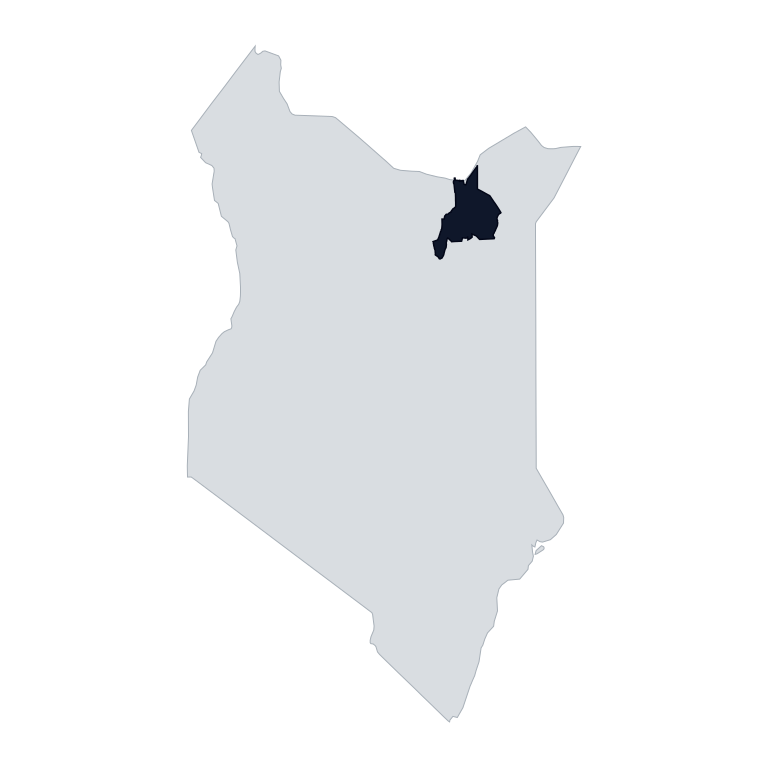 Wajir North, North-Eastern, Kenya (highlighted)
{"feature_id": "3690345B77349779921322", "entity_name": "Wajir North", "entity_type": "district", "adm_level": 2, "iso_a3": "KEN", "parent_name": "Kenya", "parent_adm1": "North-Eastern", "projection": "equal_earth", "projection_center": [39.341, 2.99], "detail": "fine", "context": "in_parent", "style": "filled", "palette": "ink", "viewbox_px": 768, "rotation_deg": 0, "n_neighbors": 0, "source": "geoboundaries", "source_scale": "gbopen_adm2", "svg_char_len": 8096}
<svg xmlns="http://www.w3.org/2000/svg" viewBox="0 0 768 768"><path d="M187.5,477.0L187.3,465.7L188.5,436.9L188.4,411.6L189.4,399.0L194.1,390.9L196.2,385.1L197.7,377.0L200.2,370.3L205.7,364.9L206.7,361.9L212.5,352.9L216.0,341.3L218.6,337.4L221.9,333.7L224.2,331.8L228.1,329.9L231.1,328.8L231.6,327.9L231.9,326.0L230.9,318.8L232.2,316.4L234.2,311.6L236.5,307.2L238.7,304.3L239.8,301.4L240.4,296.3L240.5,292.7L240.5,286.9L239.8,273.6L237.4,262.4L235.8,250.0L237.0,245.9L235.0,238.6L234.1,238.2L232.5,236.6L230.5,229.7L229.0,223.4L228.0,221.8L221.4,216.3L218.2,203.4L214.5,200.5L212.5,187.6L212.1,184.0L214.2,171.1L214.0,168.2L211.8,165.5L205.6,162.7L200.6,157.4L201.3,155.6L201.7,153.6L199.0,152.3L191.4,130.4L201.3,117.2L211.3,103.8L224.2,87.0L235.9,71.4L246.1,58.0L255.2,46.1L255.0,48.4L255.0,51.4L256.1,53.2L258.0,54.5L260.6,53.2L262.8,51.3L265.0,50.9L278.6,55.9L280.9,60.2L280.7,64.9L281.3,68.3L280.3,71.7L279.1,82.0L279.4,91.4L283.5,98.4L287.1,103.9L290.0,111.6L292.1,114.0L295.1,115.2L304.4,115.5L318.3,116.0L331.6,116.5L332.8,116.7L335.6,117.7L347.9,128.1L359.1,137.6L368.6,145.9L377.8,154.0L386.7,161.8L393.7,168.3L400.5,170.3L411.7,171.2L419.4,171.5L426.5,174.2L437.1,176.8L445.0,178.1L449.8,179.6L463.0,181.1L465.2,180.2L471.1,173.0L477.6,161.3L480.2,154.8L488.6,148.4L503.5,139.5L514.0,133.2L525.6,126.9L530.9,132.4L538.2,141.2L541.5,145.5L544.1,147.5L548.0,148.7L552.9,148.8L555.5,148.6L560.9,147.4L573.5,146.4L580.7,146.5L574.6,158.2L567.4,172.2L554.0,198.0L543.9,211.5L536.2,221.8L535.5,223.6L535.5,235.1L535.6,263.0L535.8,319.0L535.9,375.0L536.1,430.9L536.2,458.9L536.2,468.3L543.0,480.1L549.6,491.5L558.3,506.8L563.0,514.9L563.7,517.6L563.5,523.1L556.3,534.5L550.4,539.7L542.5,542.1L540.1,541.7L537.0,540.0L535.8,542.8L534.9,547.0L533.1,546.1L531.8,544.9L532.6,552.4L533.4,556.2L532.2,561.2L528.4,565.6L528.0,569.3L519.7,579.1L507.9,580.2L501.7,585.0L498.9,589.0L496.8,597.7L497.5,610.9L494.3,621.2L493.6,626.3L487.5,632.9L484.8,639.0L482.8,645.2L481.1,647.9L479.0,661.8L476.2,670.2L475.4,673.0L474.7,675.6L472.5,680.5L471.1,683.9L470.1,686.1L462.9,707.7L457.3,717.5L452.9,716.4L449.9,720.1L449.6,721.9L448.1,720.9L444.4,717.4L436.8,710.0L429.3,702.7L421.7,695.4L414.2,688.0L406.6,680.7L399.0,673.4L391.5,666.1L383.9,658.7L379.5,654.4L377.5,651.9L376.0,646.8L375.2,645.6L373.2,644.0L370.8,643.6L370.2,642.7L370.2,640.2L371.0,636.7L373.8,630.0L374.1,626.0L373.5,621.5L372.6,614.3L371.9,612.7L366.9,608.9L356.4,601.0L345.9,593.1L335.4,585.2L324.9,577.3L314.3,569.4L303.8,561.5L293.3,553.6L282.8,545.7L272.3,537.8L261.8,529.9L251.3,522.0L240.8,514.1L230.3,506.2L219.8,498.3L209.2,490.4L198.7,482.5L194.8,479.6L191.2,477.0L187.5,477.0ZM537.0,553.8L535.1,554.4L536.1,550.6L541.5,545.7L543.7,546.8L544.1,547.9L544.0,548.9L543.1,549.9L537.0,553.8Z" fill="#d9dde1" stroke="#a8b0b8" stroke-width="1"/><path d="M479.6,239.4L485.4,239.1L494.1,238.7L494.3,238.3L494.4,238.1L494.4,237.9L494.5,237.7L494.4,237.5L494.3,237.3L494.1,237.2L493.8,236.8L493.7,236.5L493.6,236.3L493.5,236.2L493.3,236.0L493.3,235.8L493.2,235.7L493.2,235.0L493.3,234.4L493.3,234.2L493.5,233.8L493.6,233.6L493.8,233.5L493.9,233.3L494.1,233.0L494.2,232.7L494.3,232.4L494.6,231.6L494.8,231.4L495.0,231.0L495.1,230.9L495.2,230.7L495.4,230.3L495.5,229.8L497.1,226.3L497.2,226.0L497.5,225.0L497.5,224.7L497.6,223.8L497.7,223.2L497.7,222.9L497.7,222.7L497.6,222.4L497.6,222.2L497.4,221.5L497.4,221.3L497.4,221.1L497.5,220.6L497.5,220.4L497.4,220.3L497.4,220.2L497.1,220.0L497.1,219.9L497.1,219.5L497.1,219.3L497.0,219.0L497.0,218.7L496.9,218.2L496.9,217.9L497.2,217.4L497.4,216.8L497.5,216.6L497.6,216.3L497.8,215.8L498.2,215.1L498.3,214.9L498.6,214.5L498.8,214.3L499.0,214.1L499.8,213.5L500.3,213.3L500.5,213.2L500.9,212.7L500.6,212.1L499.5,210.3L498.0,207.9L496.3,205.3L494.6,202.8L494.4,202.6L491.7,198.6L490.1,196.2L489.6,195.8L489.6,195.6L488.4,195.0L485.3,193.3L483.7,192.4L481.9,191.4L478.5,189.6L477.7,189.2L477.4,189.0L477.4,188.4L477.4,183.5L477.4,180.7L477.4,178.1L477.4,173.1L477.4,169.9L477.4,165.2L476.8,167.0L476.5,167.6L476.3,167.5L475.9,167.9L473.0,172.0L470.4,175.7L470.1,176.0L468.6,178.1L468.4,178.4L467.7,179.0L467.5,179.5L466.8,181.9L466.1,184.4L465.9,184.8L465.7,184.8L465.4,184.8L465.2,184.7L464.9,184.7L464.0,184.2L463.9,183.8L463.2,180.5L463.1,180.4L462.9,180.4L462.6,180.8L462.2,180.8L461.9,180.7L461.8,180.9L461.6,180.8L461.5,181.0L461.4,181.0L461.1,181.1L460.5,180.8L460.4,181.1L460.2,181.0L459.8,181.2L459.8,180.9L459.7,180.5L459.4,180.8L459.2,180.8L459.1,180.7L458.8,180.5L458.6,180.5L458.4,180.6L458.1,180.5L457.8,180.4L457.4,180.4L457.1,180.3L456.3,180.3L455.3,180.4L455.0,180.4L455.1,180.0L455.2,179.5L455.2,179.1L455.1,178.8L455.1,178.1L454.9,178.0L454.6,178.1L454.4,178.2L454.5,178.3L454.7,178.6L454.6,179.0L454.5,179.3L454.5,179.5L454.4,179.7L454.4,179.9L454.3,180.1L454.0,180.4L453.9,180.6L453.7,181.0L453.5,181.4L453.4,181.9L453.4,182.0L453.5,182.5L453.5,183.0L453.7,183.6L453.8,183.6L453.9,183.8L454.0,184.0L454.1,184.4L454.2,185.6L454.5,188.6L454.7,190.5L454.8,191.0L454.8,191.3L454.8,191.8L454.8,192.1L454.9,192.3L455.2,192.5L455.3,192.7L455.3,192.8L455.4,193.0L455.5,194.0L455.5,194.7L455.5,194.9L455.6,197.7L455.6,199.8L455.6,200.7L455.7,202.2L455.7,203.7L455.7,204.8L455.7,205.6L455.7,206.6L455.6,206.8L455.3,207.1L455.0,207.3L454.7,207.6L454.5,207.8L454.0,208.2L453.0,208.8L452.9,208.9L452.7,209.3L452.5,209.5L451.8,210.4L451.3,211.1L451.0,211.6L451.0,212.0L450.9,212.2L450.8,212.3L450.7,212.3L450.4,212.3L450.2,212.4L449.8,212.7L449.7,212.7L449.5,212.8L449.3,212.9L449.0,213.2L448.7,213.4L448.6,213.5L448.4,214.0L448.2,214.2L446.3,214.3L446.1,214.4L445.8,214.8L445.6,215.2L445.5,215.4L445.4,215.5L445.1,215.6L444.9,215.8L444.7,216.3L444.6,216.7L444.5,217.0L444.3,218.4L444.3,219.0L444.0,219.0L443.7,219.1L443.4,219.1L443.0,219.1L442.6,219.1L442.0,219.1L442.0,219.5L442.1,224.0L442.1,224.3L442.0,226.1L441.8,228.5L441.7,228.9L441.6,229.0L441.4,229.4L441.3,229.6L441.2,229.8L441.2,230.1L441.1,230.3L441.1,230.8L441.1,231.0L440.9,231.3L440.6,231.6L440.5,231.8L440.3,232.7L439.2,236.1L438.9,237.2L438.6,237.7L438.5,238.0L438.4,238.3L437.7,239.7L437.6,240.0L437.4,240.0L437.0,240.2L435.7,240.7L435.3,240.8L433.1,241.6L433.3,241.9L433.3,242.1L433.4,242.8L433.4,243.4L433.4,243.6L433.6,244.3L433.7,244.6L433.7,245.1L433.8,245.4L433.8,245.7L433.9,245.9L434.0,246.3L434.0,246.5L434.1,246.9L434.3,247.3L434.4,247.9L434.4,248.1L434.4,248.4L434.5,248.6L434.7,249.1L434.8,249.3L434.8,249.5L434.9,249.8L435.0,250.0L435.1,250.3L435.2,250.6L435.2,250.9L435.2,251.2L435.2,251.6L435.2,252.2L435.3,252.4L435.3,252.6L435.4,252.9L435.4,253.0L435.4,253.7L435.4,253.9L435.3,254.1L435.3,254.6L435.3,254.8L435.5,254.9L435.8,255.3L436.0,255.4L436.3,255.5L436.6,255.7L437.0,256.1L437.9,256.7L438.2,257.0L438.5,257.3L438.6,257.6L438.8,257.9L439.0,258.2L439.3,258.7L439.5,258.7L439.6,258.8L439.9,258.9L440.2,258.9L440.4,258.8L441.1,258.4L441.3,258.3L441.5,258.2L441.9,258.1L442.0,257.9L442.1,257.7L442.4,257.3L442.5,257.0L442.9,256.4L443.2,255.9L443.4,255.6L443.5,255.3L443.5,255.1L443.8,254.5L443.8,254.2L443.9,253.8L444.0,253.3L444.1,253.1L444.2,252.5L444.4,251.8L444.7,250.7L444.8,250.2L445.2,249.1L445.3,248.9L445.6,248.4L445.9,247.9L446.0,247.6L446.1,247.2L446.2,246.3L446.3,245.8L446.3,245.1L446.4,244.5L446.4,244.3L446.3,244.0L446.3,243.4L446.2,242.8L446.2,242.5L446.3,242.3L446.4,242.1L446.5,241.6L446.7,241.1L446.8,240.7L446.7,240.5L446.8,240.0L446.8,239.8L446.8,239.6L446.9,239.4L447.1,239.1L447.3,238.8L447.4,238.6L447.4,238.4L447.5,238.3L447.6,238.1L447.8,238.0L451.4,241.3L451.6,241.7L454.4,241.5L461.6,241.2L461.8,240.4L462.5,237.8L464.6,238.0L464.8,238.0L465.5,238.1L465.8,238.1L466.2,238.1L466.3,238.1L466.8,237.7L467.0,237.5L467.3,237.3L467.5,237.2L467.5,237.3L467.5,237.6L467.7,238.0L467.8,238.3L467.8,238.5L468.0,238.9L468.0,239.2L467.9,239.5L467.9,239.8L468.1,239.7L468.4,239.6L468.6,239.5L468.8,239.4L469.1,239.2L469.7,238.9L470.1,238.7L470.7,238.3L470.9,238.2L471.1,238.0L471.3,237.8L471.5,237.6L471.6,237.4L471.9,237.3L472.1,237.2L472.1,236.7L472.0,235.4L472.0,235.1L471.8,234.4L471.8,234.0L472.5,234.3L476.3,235.9L479.6,239.4Z" fill="#0f172a" stroke="#020617" stroke-width="1.5"/></svg>